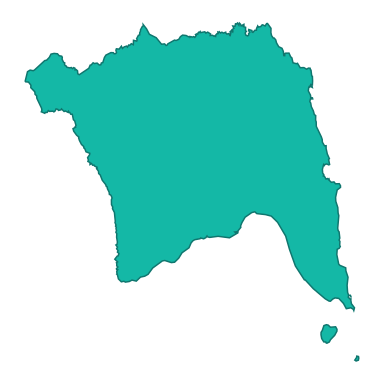 the district of Bulukumba, Sulawesi Selatan, Indonesia
{"feature_id": "22746128B72639885395673", "entity_name": "Bulukumba", "entity_type": "district", "adm_level": 2, "iso_a3": "IDN", "parent_name": "Indonesia", "parent_adm1": "Sulawesi Selatan", "projection": "equal_earth", "projection_center": [120.241, -5.484], "detail": "fine", "context": "isolated", "style": "filled", "palette": "teal", "viewbox_px": 384, "rotation_deg": 0, "n_neighbors": 0, "source": "geoboundaries", "source_scale": "gbopen_adm2", "svg_char_len": 5802}
<svg xmlns="http://www.w3.org/2000/svg" viewBox="0 0 384 384"><path d="M118.4,278.9L121.3,281.8L123.9,281.3L125.4,282.1L129.3,281.5L132.0,280.1L136.3,281.1L140.5,277.1L144.7,276.2L148.1,274.3L152.7,268.0L162.4,260.9L164.8,260.5L171.4,262.6L174.6,262.2L178.7,258.2L182.0,252.8L189.0,247.8L191.1,242.9L192.9,240.8L194.7,239.7L200.1,238.7L200.6,238.0L203.7,238.8L205.9,237.6L207.0,236.0L207.4,236.8L209.7,237.4L218.1,236.3L229.5,237.8L237.8,232.9L237.9,232.3L235.9,233.0L234.8,232.0L237.4,231.6L240.8,227.4L240.6,225.9L242.0,222.5L245.1,217.2L251.7,212.6L254.8,211.8L256.8,213.6L265.5,214.6L271.3,216.1L277.6,222.3L285.7,236.1L289.5,249.4L295.4,266.0L304.4,279.9L305.2,279.9L313.3,288.7L325.2,298.8L329.1,301.1L330.5,301.2L332.7,299.1L335.0,297.9L338.8,298.4L343.5,303.5L346.3,308.7L350.8,307.8L353.3,309.3L353.8,310.5L354.5,307.8L351.4,303.7L350.7,299.5L351.4,298.4L350.5,299.4L348.2,297.2L348.6,295.6L350.4,295.5L351.3,297.6L350.4,295.3L348.6,295.3L347.6,292.4L347.1,285.3L348.0,277.2L345.9,270.9L345.7,267.8L339.8,265.3L338.7,264.1L336.8,254.5L337.2,249.3L339.2,248.3L340.3,246.5L339.7,245.2L339.9,241.4L339.1,240.1L339.8,238.1L339.1,231.9L338.1,230.5L337.7,228.2L338.8,215.6L338.1,213.1L337.8,207.5L335.8,201.3L335.6,197.3L337.2,189.9L340.5,187.4L340.5,185.7L339.3,183.7L335.5,183.8L334.0,181.9L331.3,182.3L329.3,180.4L329.0,179.0L328.5,179.5L327.8,178.5L326.0,179.0L324.3,176.1L323.4,176.0L323.8,174.6L322.7,173.2L322.4,169.4L323.6,164.6L324.3,165.5L325.0,164.4L326.7,164.0L328.8,164.9L329.6,164.5L328.6,159.4L329.4,158.7L327.3,154.0L326.1,148.5L326.1,145.7L324.5,145.8L322.4,142.2L322.2,139.4L321.3,136.8L316.3,126.4L316.2,121.9L315.6,120.2L315.7,115.6L314.3,114.5L313.4,111.0L311.3,106.6L310.7,103.0L309.8,101.6L310.4,99.0L312.7,98.9L312.4,97.8L310.7,97.5L310.5,95.2L308.3,90.9L308.7,87.6L309.4,86.3L309.9,86.4L309.8,87.0L310.7,86.5L312.3,87.4L312.1,86.5L310.7,85.9L310.5,85.2L310.8,84.4L312.4,84.9L312.6,80.9L312.4,76.3L311.7,75.8L311.0,70.1L310.5,69.9L310.1,68.2L308.4,68.1L306.6,69.2L303.9,67.6L300.2,67.7L297.5,63.3L296.4,63.7L293.0,62.8L291.9,57.9L290.6,56.7L289.0,53.1L285.3,53.2L284.8,53.7L284.7,55.7L283.8,55.6L283.3,51.3L282.0,48.3L278.7,46.7L276.5,42.8L275.7,39.8L274.1,38.0L273.3,38.1L271.6,35.7L270.9,32.6L271.0,28.3L267.5,23.5L266.6,23.6L265.1,26.0L262.7,24.8L261.7,25.2L260.8,26.6L258.7,27.0L257.8,26.1L257.8,27.1L257.2,27.0L256.5,28.6L256.4,30.2L254.8,30.3L252.9,32.4L252.1,32.0L251.9,30.5L248.8,29.5L248.6,30.6L249.8,32.3L248.6,33.7L248.6,35.1L247.7,35.9L246.0,35.3L245.3,33.6L245.4,32.4L246.4,31.4L245.5,30.5L245.6,27.3L243.2,26.5L243.3,25.6L244.0,25.3L243.9,24.3L241.2,25.9L240.5,24.2L239.4,23.1L238.9,25.2L237.5,23.0L236.5,24.0L235.5,23.8L235.0,26.3L232.8,26.0L233.9,28.4L232.2,29.5L232.9,31.0L232.7,31.9L231.4,30.5L230.1,31.8L230.9,32.4L230.2,35.6L229.8,35.5L229.0,33.5L226.9,34.1L225.9,33.2L225.7,32.2L223.4,33.1L221.9,32.2L220.5,33.0L219.2,31.7L218.6,32.5L217.9,32.1L218.0,33.6L217.0,33.7L215.9,34.8L215.6,36.4L214.8,35.8L214.1,36.3L212.6,35.3L210.2,35.5L210.6,34.0L207.7,32.1L205.9,33.1L204.8,31.8L200.7,32.6L200.2,31.6L199.6,32.5L198.9,32.1L198.1,32.8L197.7,34.2L196.5,33.9L195.5,34.6L196.2,35.5L194.8,37.4L193.7,36.6L192.3,37.1L190.8,36.6L190.0,37.3L189.6,36.5L188.5,36.8L186.1,35.5L182.6,35.1L180.4,36.7L178.8,39.3L176.1,40.5L174.5,40.1L167.9,43.8L167.1,45.1L166.1,45.5L164.6,43.9L161.5,44.2L156.2,37.7L149.4,34.3L146.5,28.8L143.2,24.6L143.3,25.9L142.3,26.5L140.5,29.8L140.5,31.1L139.7,32.8L139.7,34.9L138.4,35.3L136.6,38.7L137.2,39.7L136.7,41.1L133.5,40.3L133.3,44.7L131.3,43.7L129.7,45.3L128.7,45.0L127.4,47.1L126.6,46.1L124.2,46.9L122.4,48.4L121.4,46.2L119.1,49.1L116.4,48.8L115.9,50.2L116.5,52.6L115.7,53.6L114.2,53.8L113.3,52.7L110.9,52.6L105.9,55.1L104.4,57.5L102.8,62.6L101.3,63.0L100.8,64.8L99.3,65.0L97.1,63.1L94.4,63.5L93.1,62.8L91.1,65.0L90.2,65.1L88.8,68.3L79.3,74.7L77.8,73.8L77.5,70.8L76.2,69.6L75.1,69.9L75.0,68.3L73.7,67.6L72.5,68.6L71.3,67.5L69.9,67.9L67.0,67.3L66.1,65.9L65.2,65.6L64.6,64.6L64.7,62.8L63.6,62.4L62.1,59.2L62.3,57.3L61.7,56.2L59.1,55.7L57.5,53.8L54.1,53.4L51.0,54.1L49.3,57.4L46.6,60.2L44.7,60.6L34.5,70.0L33.2,70.7L30.1,70.1L27.5,71.7L25.2,81.1L25.6,81.8L28.5,82.1L30.9,85.2L30.8,87.7L34.8,91.8L35.1,94.4L36.6,95.7L36.9,98.4L41.5,108.1L41.9,110.2L41.3,111.8L44.8,113.3L45.2,112.5L47.2,112.4L48.3,110.6L49.5,111.4L52.9,111.2L53.9,111.9L55.1,111.0L56.1,108.9L57.9,109.4L58.4,110.4L60.9,109.9L61.5,108.9L64.1,111.5L65.4,111.0L67.7,112.2L68.4,111.4L68.6,112.5L69.7,112.4L70.7,114.2L72.3,114.3L73.4,119.7L74.7,120.9L76.0,125.5L75.1,126.9L75.5,127.3L73.0,128.6L73.7,131.2L76.6,135.2L78.8,137.0L78.6,137.9L79.4,140.4L81.5,144.5L83.7,146.5L83.9,148.0L84.9,148.9L86.0,151.8L89.8,153.3L89.6,154.7L87.6,157.6L88.4,160.0L87.9,161.5L90.0,162.5L90.0,164.5L91.5,163.5L92.6,165.2L94.0,165.1L94.5,166.0L97.0,167.2L96.7,167.8L97.1,168.2L96.6,168.7L98.4,171.0L98.7,173.6L100.2,174.9L102.3,180.3L105.7,184.6L106.3,186.5L107.2,186.9L107.4,188.7L109.1,192.1L109.4,194.5L110.4,194.7L111.2,195.7L112.1,198.0L111.4,199.8L111.5,204.7L112.7,207.0L112.5,208.7L114.4,212.4L115.3,221.3L115.0,222.5L116.0,225.2L115.5,226.1L116.3,227.4L116.0,228.7L116.5,230.4L115.9,232.3L116.8,233.7L116.6,237.2L117.4,242.0L117.0,244.4L115.9,245.0L117.5,247.1L116.6,248.7L118.1,250.7L117.4,252.1L118.9,253.4L118.2,255.8L117.2,256.1L114.8,259.2L117.6,261.9L116.4,262.8L116.8,263.5L116.7,265.8L117.9,267.0L116.4,268.8L116.7,269.6L117.7,269.7L116.7,271.7L117.1,273.6L116.7,274.1L117.4,274.7L118.4,278.9ZM326.4,324.7L323.9,325.6L322.3,330.4L321.1,332.3L321.0,334.8L321.7,338.6L323.8,341.9L325.8,342.0L326.1,342.9L326.9,343.2L329.3,342.0L330.5,339.7L334.7,335.3L336.9,331.2L337.0,329.3L335.6,326.8L330.4,327.2L328.2,325.1L326.4,324.7ZM358.5,356.5L356.8,356.1L356.5,357.6L354.8,360.1L356.1,361.0L358.4,360.2L358.8,358.2L358.5,356.5Z" fill="#14b8a6" stroke="#0f766e" stroke-width="1.5"/></svg>